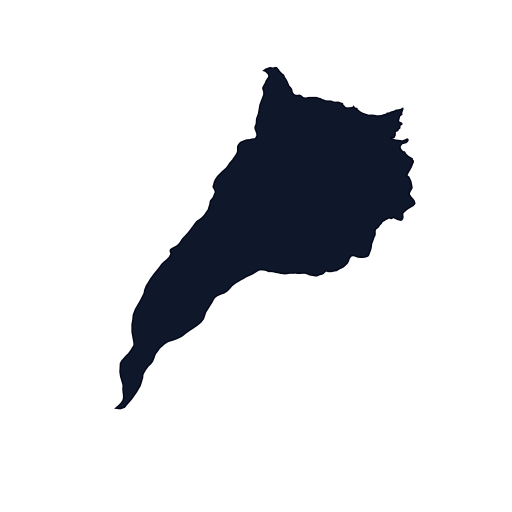 Nariño, Nariño, Colombia, rotated 35°
{"feature_id": "7082276B37445492905123", "entity_name": "Nariño", "entity_type": "district", "adm_level": 2, "iso_a3": "COL", "parent_name": "Colombia", "parent_adm1": "Nariño", "projection": "mercator", "projection_center": [-77.354, 1.269], "detail": "fine", "context": "isolated", "style": "filled", "palette": "ink", "viewbox_px": 512, "rotation_deg": 35, "n_neighbors": 0, "source": "geoboundaries", "source_scale": "gbopen_adm2", "svg_char_len": 5952}
<svg xmlns="http://www.w3.org/2000/svg" viewBox="0 0 512 512"><g transform="rotate(35 256 256)"><path d="M228.5,461.0L232.4,458.9L235.0,455.3L235.2,452.1L236.0,444.6L236.0,435.8L235.4,428.5L232.8,420.7L231.2,418.0L230.9,415.8L230.6,412.4L230.7,409.5L230.7,408.0L231.2,405.9L231.5,404.1L231.5,401.3L231.3,400.7L230.9,398.7L229.6,394.2L229.8,389.1L229.7,386.9L231.3,380.3L232.5,377.3L233.4,375.8L236.1,372.4L238.2,369.4L240.8,364.9L241.7,362.4L242.4,359.8L244.2,354.7L245.5,351.6L247.6,345.9L248.7,341.7L248.9,337.6L246.9,330.9L246.3,318.9L245.8,315.2L246.0,313.3L246.8,310.8L249.2,306.9L251.0,304.5L252.1,301.7L252.6,299.6L253.3,293.8L254.7,289.4L256.0,286.7L257.1,284.1L258.2,282.1L259.8,278.4L261.7,275.4L263.3,272.6L265.5,267.5L266.6,265.3L269.1,263.5L272.1,262.0L275.4,261.3L276.7,260.2L279.2,258.8L282.3,257.6L283.5,256.9L286.2,255.9L287.3,255.2L288.7,254.6L290.9,253.1L292.3,251.6L294.7,249.6L296.0,248.9L296.7,248.2L298.1,247.2L299.4,246.6L302.3,244.7L302.9,244.0L305.9,241.9L308.3,241.0L310.3,240.7L311.4,240.3L313.5,239.2L314.6,238.8L316.5,237.8L317.2,237.3L318.9,234.4L319.8,233.7L320.4,232.9L321.0,231.6L321.6,228.3L322.2,227.8L322.9,227.5L323.9,227.3L326.5,225.5L329.0,222.8L330.1,221.9L331.3,219.3L331.8,218.0L332.7,216.8L333.1,215.8L333.6,215.1L333.9,214.0L334.5,211.0L334.8,209.9L334.5,207.1L333.8,205.0L333.7,204.3L333.8,201.5L334.5,200.5L335.3,199.8L337.4,199.0L339.7,198.5L342.8,196.8L344.6,195.4L346.2,193.9L346.4,193.4L346.8,193.0L347.3,192.3L347.6,191.7L347.6,190.6L347.0,188.2L346.6,186.9L346.6,186.5L346.3,185.6L345.5,183.3L343.6,179.7L342.2,174.4L341.7,173.3L341.7,172.6L341.4,170.6L341.2,170.4L340.9,169.7L339.2,167.4L338.5,166.0L338.6,165.1L339.4,162.5L339.5,161.1L339.3,159.8L339.8,157.5L339.6,155.8L339.9,154.7L340.7,153.3L341.1,151.8L341.6,151.2L343.1,148.2L344.6,148.0L345.4,147.6L346.2,145.6L347.6,145.4L351.2,144.7L353.1,144.0L354.2,143.5L354.6,142.7L354.6,141.2L353.8,139.6L352.3,138.0L351.6,136.6L351.9,134.7L352.6,131.9L353.4,129.5L355.7,124.5L355.9,123.1L355.9,121.8L353.8,120.2L351.4,119.4L348.9,118.9L347.5,118.2L346.2,117.9L345.4,116.4L344.9,113.8L344.9,112.2L344.6,110.6L340.2,106.3L338.7,105.4L336.0,103.8L333.2,103.7L332.6,99.9L332.4,96.7L332.1,95.7L332.2,95.1L332.0,93.8L331.1,90.1L331.0,89.2L330.4,88.0L329.0,87.7L328.1,86.8L327.3,86.9L323.2,87.2L320.1,86.7L318.1,85.7L317.8,85.7L316.6,86.4L315.7,86.3L312.9,85.5L311.5,84.3L311.0,83.3L311.0,80.7L311.1,80.2L313.8,77.0L314.1,75.8L314.2,74.5L314.1,74.0L313.8,73.7L313.1,73.4L312.7,73.6L312.2,74.8L310.5,77.1L310.1,78.0L309.9,78.2L308.5,78.6L304.3,80.9L302.2,81.7L300.9,82.4L299.7,82.5L299.2,82.4L298.7,82.0L298.6,81.7L298.7,81.3L300.3,80.8L300.8,80.2L301.0,79.5L300.6,77.3L300.4,76.9L298.8,74.7L298.7,74.1L298.9,73.7L299.5,72.7L299.9,72.3L300.1,71.8L299.7,70.7L299.8,70.0L300.3,69.0L300.3,68.7L299.3,67.2L299.0,66.5L299.1,66.0L299.6,64.8L299.7,64.1L299.5,63.9L298.9,63.8L296.3,64.3L295.4,64.0L295.0,63.5L293.4,59.3L293.4,58.6L294.1,56.4L293.9,56.1L293.1,55.4L291.9,51.3L291.5,51.0L290.9,52.4L290.8,52.9L289.9,53.6L289.3,54.6L288.4,55.2L287.2,56.3L286.6,57.6L285.5,59.2L284.3,60.5L283.4,62.2L283.0,62.7L281.7,63.8L281.2,65.5L281.0,65.9L280.0,66.8L278.5,68.9L276.9,70.4L275.4,71.5L274.4,72.2L273.1,72.7L271.1,73.7L270.8,74.0L269.9,74.4L268.3,75.8L267.8,76.1L266.5,76.6L261.9,78.0L258.9,78.4L256.6,78.3L255.9,78.2L254.4,78.4L254.2,78.3L254.2,78.2L254.4,77.7L254.1,77.4L252.8,77.9L252.5,78.3L252.3,78.3L250.4,77.7L250.5,78.0L250.4,78.2L250.1,78.7L249.6,79.1L249.6,79.6L247.9,80.9L246.8,81.9L245.9,82.5L245.6,82.8L245.3,83.0L243.6,83.2L242.8,83.1L241.6,82.7L241.4,82.8L240.9,82.6L240.0,82.7L239.8,82.6L239.8,82.2L239.6,81.8L239.4,81.7L238.8,81.8L237.7,82.4L236.4,82.5L235.7,82.7L235.0,83.1L232.3,85.1L230.8,85.7L229.4,86.0L228.4,86.4L227.2,87.1L225.7,88.2L223.7,89.3L223.2,89.5L222.0,89.5L221.1,90.0L220.8,90.1L218.9,90.3L218.3,90.3L217.0,91.0L215.9,91.2L214.6,91.6L208.7,95.8L207.0,97.4L206.8,98.1L204.0,99.3L203.0,99.4L201.7,99.1L200.5,99.2L199.3,99.5L197.7,101.1L195.8,102.0L193.9,102.1L191.4,101.0L189.6,99.2L189.0,98.9L187.1,98.3L185.4,98.1L183.6,96.8L183.3,96.7L181.1,95.3L179.1,94.3L176.9,93.5L175.1,92.3L174.1,92.0L172.8,92.1L169.5,91.5L168.3,91.1L167.2,90.6L165.7,90.4L164.9,90.0L164.3,90.3L163.5,90.9L162.9,91.8L161.7,92.8L161.2,93.1L160.4,93.2L159.9,93.4L158.8,94.6L158.4,95.3L156.9,97.3L156.1,99.6L157.0,99.3L158.0,99.2L159.0,99.3L161.3,99.7L162.3,100.1L163.0,100.7L163.6,101.5L163.9,102.3L163.9,103.2L164.0,106.9L164.5,108.4L164.8,111.0L164.9,112.9L165.3,114.4L165.6,114.9L167.9,116.6L169.0,117.9L169.8,119.1L170.1,119.9L171.6,125.9L172.7,130.0L176.5,138.0L177.7,142.6L178.2,143.8L179.9,146.5L180.6,147.9L181.2,150.6L181.8,151.6L182.4,152.2L186.4,155.0L187.4,156.2L187.9,156.8L188.2,159.1L188.2,159.9L188.0,160.5L187.3,161.4L185.8,162.5L184.8,163.8L184.2,164.5L181.7,166.5L178.5,171.3L178.1,172.7L178.0,174.0L178.0,175.6L178.4,177.0L180.9,180.6L181.5,182.2L181.8,184.8L181.8,188.2L181.7,188.9L181.9,190.1L181.6,192.9L181.4,194.5L181.4,196.5L181.5,198.1L181.4,201.1L180.1,206.3L179.3,210.9L179.0,213.0L179.0,216.0L179.4,218.8L179.8,220.0L180.6,221.9L181.0,223.5L181.7,224.2L184.4,225.4L185.3,226.1L186.4,227.3L186.5,228.4L187.5,232.6L187.2,236.7L187.5,237.9L188.3,239.2L189.0,241.0L189.4,242.5L190.4,245.3L190.4,248.5L190.5,252.3L190.2,253.5L190.0,255.6L188.6,259.8L187.9,261.2L187.7,263.0L187.5,271.3L187.3,275.6L186.9,279.0L186.2,283.5L186.1,285.3L186.3,288.3L186.2,289.9L185.9,291.7L185.3,293.6L183.3,297.5L182.5,299.4L182.5,300.2L183.0,301.2L185.0,302.6L185.5,304.4L185.8,306.6L185.2,310.5L184.4,313.2L183.7,316.6L183.6,321.6L183.0,329.5L182.9,335.5L183.3,340.9L183.3,343.0L184.3,347.2L185.9,350.9L187.0,358.4L187.9,368.8L189.3,374.5L191.7,378.7L193.8,383.2L198.2,389.4L206.0,397.1L207.4,399.1L207.8,405.3L207.7,409.4L207.1,412.0L206.3,418.9L206.6,421.7L211.1,428.9L214.1,432.1L221.4,438.0L223.1,440.9L225.2,443.5L227.2,445.7L229.0,448.1L229.9,450.6L230.0,453.9L229.5,457.2L228.5,461.0Z" fill="#0f172a" stroke="#020617" stroke-width="1.5"/></g></svg>